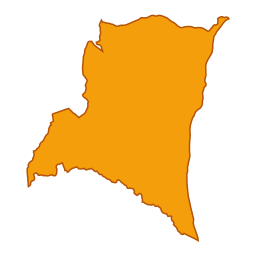 outline of Prado, Bahia, Brazil
{"feature_id": "56859067B3199407317230", "entity_name": "Prado", "entity_type": "district", "adm_level": 2, "iso_a3": "BRA", "parent_name": "Brazil", "parent_adm1": "Bahia", "projection": "mercator", "projection_center": [-39.359, -17.168], "detail": "fine", "context": "isolated", "style": "filled", "palette": "amber", "viewbox_px": 256, "rotation_deg": 0, "n_neighbors": 0, "source": "geoboundaries", "source_scale": "gbopen_adm2", "svg_char_len": 5729}
<svg xmlns="http://www.w3.org/2000/svg" viewBox="0 0 256 256"><path d="M198.2,240.6L198.0,238.9L197.8,237.7L197.3,236.1L196.9,234.5L196.2,232.8L193.7,225.5L193.5,224.2L193.2,222.6L193.6,220.8L193.6,219.0L193.2,217.7L192.8,216.0L192.4,214.4L191.8,211.5L191.4,210.4L190.5,206.5L189.7,202.4L189.3,200.9L189.0,199.4L188.7,198.1L188.3,196.3L188.1,194.4L187.8,192.1L187.6,190.1L187.2,185.9L186.9,182.3L186.9,180.8L186.9,177.6L186.8,175.8L186.9,174.2L187.1,173.0L187.6,171.6L187.6,170.4L187.5,167.4L187.7,165.9L188.2,164.3L188.4,162.8L189.7,157.4L189.9,155.3L189.7,153.5L189.5,151.8L189.5,143.5L189.7,141.9L189.8,140.0L190.0,137.9L190.1,136.5L190.2,135.0L190.0,132.7L189.9,130.9L190.0,128.9L190.1,127.3L190.3,125.7L191.2,122.1L192.0,119.7L192.5,118.0L193.2,117.0L194.0,115.9L194.5,114.3L195.6,111.9L197.4,110.1L199.4,108.7L200.8,107.5L201.4,106.4L202.0,105.2L202.3,103.9L202.5,102.4L202.4,100.9L202.8,99.6L203.1,98.1L202.8,96.7L202.7,95.2L202.6,93.6L202.7,92.2L203.2,90.8L203.7,89.7L203.8,88.1L204.6,86.9L205.8,85.9L206.1,83.8L205.1,82.2L204.9,80.6L205.1,78.6L205.5,77.2L205.9,75.7L206.0,74.0L205.8,72.5L205.8,71.0L205.8,69.4L205.7,67.8L205.7,65.9L206.2,63.5L206.9,61.8L207.5,60.4L208.2,59.1L209.0,57.8L209.9,56.3L210.6,55.3L211.3,53.7L212.0,52.7L212.2,51.5L212.4,49.9L212.7,48.5L212.8,46.9L212.6,45.4L212.8,43.7L213.4,40.5L213.7,39.0L213.6,37.7L214.0,36.5L214.6,35.5L215.5,34.0L216.4,32.2L217.5,30.7L218.4,29.5L219.4,28.4L220.9,26.4L221.9,25.0L222.8,23.6L223.6,22.6L224.7,21.5L225.7,20.6L227.0,19.7L228.9,18.8L228.3,17.7L227.0,17.2L225.8,17.1L224.1,17.6L222.5,16.8L221.3,16.7L219.9,17.3L218.7,17.8L217.7,18.7L218.0,20.4L217.8,22.0L217.8,23.6L216.9,24.5L215.7,25.0L214.2,24.9L212.9,26.0L212.5,27.2L211.4,28.0L210.4,29.4L209.3,30.7L207.8,31.4L206.7,30.4L205.0,29.5L203.5,28.5L201.8,27.9L200.5,27.6L197.7,27.6L196.3,27.8L195.0,27.8L193.3,27.5L191.8,26.7L187.7,26.5L185.8,26.7L183.7,27.1L182.3,27.6L180.8,27.6L179.0,26.8L177.4,25.7L176.0,24.3L174.2,22.8L172.6,22.0L171.4,21.3L170.3,20.6L169.3,19.8L167.4,18.2L165.7,17.3L164.1,16.8L162.8,16.2L161.5,15.8L160.1,15.4L158.4,15.4L156.9,16.1L154.9,15.9L153.5,15.5L152.2,15.4L150.8,15.7L149.6,16.5L148.3,17.1L147.3,17.5L146.1,17.8L144.5,17.9L143.2,17.8L142.1,17.7L140.9,17.8L140.0,18.7L139.0,19.4L137.6,20.0L135.9,20.7L132.8,22.0L131.5,22.6L130.3,23.2L129.1,23.6L127.7,24.2L126.5,24.7L125.3,25.1L123.8,25.3L120.8,25.3L119.4,25.7L117.8,26.2L116.1,26.2L115.0,25.5L112.7,24.3L111.2,24.1L109.5,23.4L107.6,23.2L106.0,22.9L104.8,22.5L103.6,22.2L102.3,22.0L101.5,20.2L99.9,23.4L99.5,24.6L99.3,25.9L100.2,27.1L100.3,28.4L100.2,29.8L100.5,31.9L100.6,33.4L100.3,34.8L99.6,35.9L99.6,37.3L99.9,38.8L99.9,40.5L97.9,41.7L96.3,42.3L96.7,44.0L98.0,44.7L99.6,44.8L100.5,45.6L101.4,46.9L101.7,49.0L102.4,50.0L102.7,51.4L95.3,46.0L94.1,45.0L93.2,43.5L92.4,42.5L91.6,41.3L88.9,41.5L87.8,42.5L87.3,43.7L87.1,44.9L86.4,46.4L85.9,47.9L85.0,49.2L84.7,51.1L84.6,52.8L84.3,54.2L83.8,55.3L83.4,56.5L83.2,60.1L83.0,61.4L83.0,63.2L82.7,65.1L82.6,67.2L82.6,69.1L82.7,71.1L83.0,73.3L83.1,74.7L86.8,79.5L87.2,81.1L86.5,82.7L85.9,83.9L85.3,85.6L86.0,87.1L86.2,88.7L85.7,90.0L85.3,91.8L84.6,92.8L83.8,93.5L82.6,94.9L83.0,96.2L83.9,97.1L85.0,98.1L86.4,98.9L87.3,100.0L88.4,101.6L87.8,103.1L87.9,104.5L87.8,107.1L87.3,108.2L85.1,113.0L80.0,116.8L78.8,117.6L77.6,116.3L76.3,115.3L75.5,114.5L74.4,113.7L73.1,113.0L72.0,111.8L70.7,110.5L69.6,109.4L68.6,108.4L52.8,113.9L52.3,115.0L52.8,116.4L53.0,118.2L53.2,119.9L53.4,121.1L52.3,121.9L50.6,122.8L50.6,124.0L51.3,125.1L50.2,125.7L49.6,126.7L48.9,128.5L48.7,130.4L48.3,132.4L47.6,134.1L46.3,135.0L45.5,136.2L44.6,137.9L44.0,139.5L43.3,140.5L42.4,141.5L41.2,142.4L40.3,143.4L39.8,144.6L39.4,146.5L38.2,147.9L37.0,148.6L36.3,149.9L35.1,150.7L33.6,151.0L33.5,152.4L34.2,153.6L34.0,154.9L33.6,156.9L32.8,158.5L32.8,159.8L31.7,160.9L30.0,161.9L28.8,163.5L28.2,165.1L28.5,166.8L27.6,167.9L27.1,169.5L27.2,171.1L27.3,172.7L27.4,173.9L27.5,175.4L27.7,176.9L27.7,178.2L27.9,179.6L27.9,181.0L28.2,183.0L28.2,185.1L28.4,186.6L29.7,185.8L30.6,184.5L30.7,182.8L31.2,181.6L32.4,180.9L34.0,180.1L34.6,178.8L34.4,177.0L33.6,174.6L34.4,173.6L36.0,173.0L37.2,173.5L38.4,175.3L40.2,175.2L41.9,174.9L43.5,175.8L44.9,175.5L46.6,175.9L48.1,175.8L49.6,175.4L51.5,174.7L53.5,175.7L55.0,175.8L55.9,175.0L56.7,173.2L56.7,171.2L56.9,169.2L56.2,167.3L56.3,165.8L57.3,164.6L59.5,164.1L61.2,163.5L62.1,162.8L62.7,163.7L63.2,165.2L63.6,166.6L64.4,168.2L64.9,170.5L66.0,170.3L66.9,171.1L67.3,172.2L68.7,171.6L70.1,169.8L72.1,168.5L75.0,167.5L76.4,166.9L77.5,167.5L78.7,168.8L80.1,168.9L81.3,168.9L82.4,168.7L83.6,168.7L84.6,168.3L85.2,169.5L86.6,169.9L88.4,169.1L89.6,169.1L91.0,168.4L93.1,169.7L94.1,170.8L95.7,171.6L96.8,171.1L97.6,172.2L98.5,173.2L99.6,174.5L101.0,174.4L102.1,174.9L102.5,176.0L105.0,177.2L106.2,178.2L107.6,179.1L109.7,179.7L111.0,180.9L112.1,182.2L113.2,182.3L114.9,182.7L116.3,182.4L116.8,181.4L117.4,180.0L118.6,180.0L119.7,180.5L120.6,181.3L121.4,182.5L122.6,183.1L123.7,184.1L124.7,184.9L126.0,185.5L126.9,186.8L127.3,188.1L128.4,188.4L129.6,188.1L131.9,188.5L133.2,188.8L133.8,190.1L134.5,191.7L134.1,192.9L135.4,194.3L136.8,195.4L138.2,194.8L139.3,193.4L141.2,194.2L141.8,195.6L141.9,197.7L142.6,200.3L142.1,201.9L143.8,202.4L145.3,203.5L146.5,203.9L148.2,204.8L149.9,204.7L151.4,205.1L153.2,204.3L154.2,205.1L155.1,206.2L156.8,206.3L158.2,206.1L159.1,207.2L160.7,208.2L161.1,209.9L161.7,211.4L162.4,212.4L163.7,213.2L165.3,213.7L166.4,213.7L167.2,214.7L167.8,216.2L169.1,216.3L170.5,216.0L171.7,216.4L171.3,218.2L171.9,220.4L173.6,221.9L173.8,223.2L173.5,224.5L174.4,225.7L175.5,226.5L176.5,227.6L177.2,229.1L177.7,230.5L178.5,231.6L179.6,232.1L180.3,233.0L181.6,234.4L183.3,234.3L184.1,233.4L186.2,234.6L194.8,238.7L198.2,240.6Z" fill="#f59e0b" stroke="#b45309" stroke-width="1.5"/></svg>